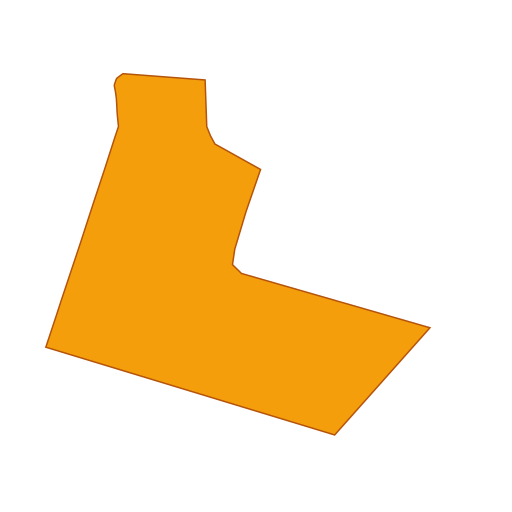 outline of Siwa, Matruh, Egypt, rotated 18°
{"feature_id": "37247803B75450946768070", "entity_name": "Siwa", "entity_type": "district", "adm_level": 2, "iso_a3": "EGY", "parent_name": "Egypt", "parent_adm1": "Matruh", "projection": "albers", "projection_center": [25.471, 28.699], "detail": "fine", "context": "isolated", "style": "filled", "palette": "amber", "viewbox_px": 512, "rotation_deg": 18, "n_neighbors": 0, "source": "geoboundaries", "source_scale": "gbopen_adm2", "svg_char_len": 534}
<svg xmlns="http://www.w3.org/2000/svg" viewBox="0 0 512 512"><g transform="rotate(18 256 256)"><path d="M386.1,401.9L443.6,270.5L247.6,277.1L236.3,271.5L233.7,256.0L232.8,216.7L233.6,172.3L182.3,162.2L175.4,155.6L169.2,148.2L153.2,104.3L73.2,123.7L71.3,126.2L68.8,129.8L68.5,130.7L68.4,133.5L68.4,137.2L68.8,138.2L71.6,143.3L74.5,149.3L76.9,155.4L79.2,161.5L81.2,166.3L85.2,175.4L85.1,187.8L85.2,219.3L85.0,254.6L85.0,298.0L84.5,359.3L84.5,374.6L84.3,407.7L386.1,401.9Z" fill="#f59e0b" stroke="#b45309" stroke-width="1.5"/></g></svg>